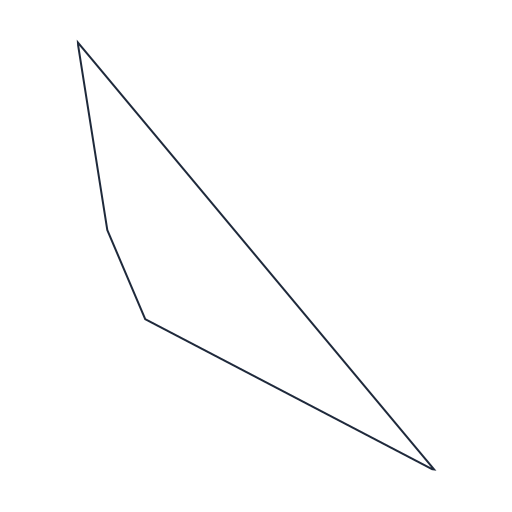 outline of Banaadir, rotated 268°
{"feature_id": "SOM-2407", "entity_name": "Banaadir", "entity_type": "Region", "adm_level": 1, "iso_a3": "SOM", "parent_name": "Somalia", "parent_adm1": "", "projection": "equal_earth", "projection_center": [45.457, 2.085], "detail": "fine", "context": "isolated", "style": "outline", "palette": "slate", "viewbox_px": 512, "rotation_deg": 268, "n_neighbors": 0, "source": "natural_earth", "source_scale": "10m", "svg_char_len": 245}
<svg xmlns="http://www.w3.org/2000/svg" viewBox="0 0 512 512"><g transform="rotate(268 256 256)"><path d="M475.5,85.5L36.5,426.5L36.8,424.6L196.7,143.1L287.1,108.3L472.6,85.6L475.5,85.5Z" fill="none" stroke="#1e293b" stroke-width="2"/></g></svg>